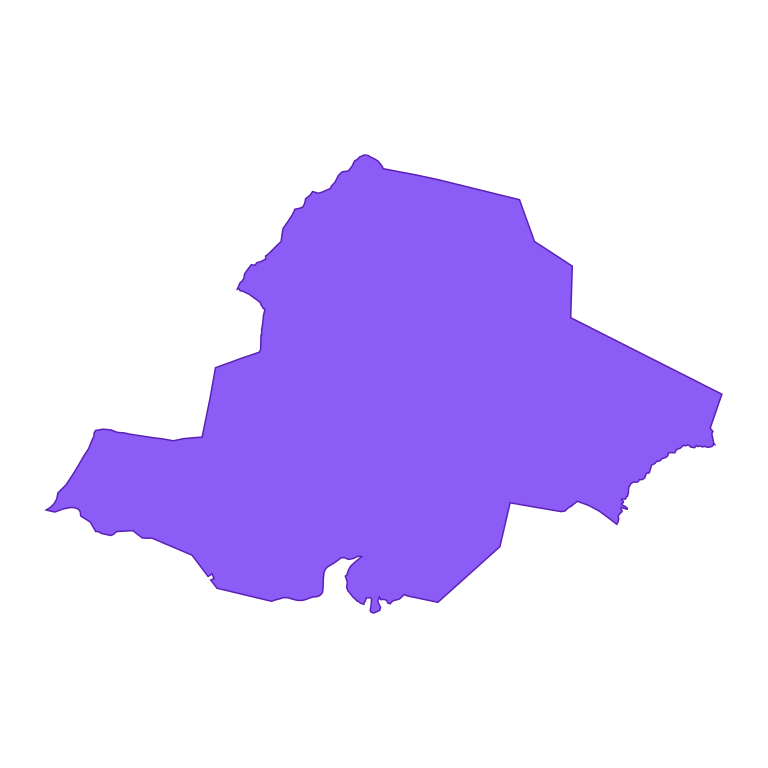 outline of Aporo, Michoacán, Mexico
{"feature_id": "50627088B9670136162302", "entity_name": "Aporo", "entity_type": "district", "adm_level": 2, "iso_a3": "MEX", "parent_name": "Mexico", "parent_adm1": "Michoacán", "projection": "mercator", "projection_center": [-100.39, 19.665], "detail": "fine", "context": "isolated", "style": "filled", "palette": "violet", "viewbox_px": 768, "rotation_deg": 0, "n_neighbors": 0, "source": "geoboundaries", "source_scale": "gbopen_adm2", "svg_char_len": 5861}
<svg xmlns="http://www.w3.org/2000/svg" viewBox="0 0 768 768"><path d="M616.8,524.3L617.7,522.7L617.9,522.4L618.6,519.9L618.6,519.4L618.7,517.9L618.2,516.4L618.9,514.7L620.0,513.5L620.7,512.8L621.5,512.2L622.0,511.5L622.2,511.1L621.6,509.9L621.1,509.2L620.9,508.9L620.9,507.9L621.0,507.8L621.1,507.7L621.4,507.5L621.7,507.6L622.9,508.0L624.7,508.5L626.4,509.1L627.1,509.2L627.3,509.2L627.3,508.5L626.9,507.8L626.8,507.6L625.3,506.4L624.7,506.2L622.9,505.3L621.9,504.7L621.4,504.0L621.5,503.9L621.9,503.6L622.6,503.1L623.0,502.8L623.4,502.2L623.4,501.6L623.4,501.4L622.8,500.8L621.8,500.1L621.5,499.8L621.3,499.6L621.6,499.3L621.7,499.1L622.9,498.8L624.1,499.2L624.5,499.1L625.2,499.1L625.7,498.6L625.9,498.5L626.0,497.7L626.4,496.5L627.1,496.5L627.4,496.2L627.6,496.0L627.7,495.1L628.3,493.2L628.4,492.0L628.8,487.2L631.1,483.4L633.1,482.3L633.7,482.0L635.7,482.2L636.8,482.2L638.6,481.3L638.7,481.1L639.3,479.5L641.8,479.7L642.3,479.5L643.4,478.9L644.6,478.0L644.7,477.9L646.2,473.8L646.4,473.2L648.8,473.0L649.0,472.8L649.4,472.5L651.4,465.7L651.6,465.1L653.0,464.4L653.3,464.3L653.4,464.2L654.0,464.0L654.5,463.8L655.4,462.9L656.4,461.7L656.5,461.7L657.0,461.2L657.9,461.2L659.4,461.0L659.6,460.9L660.4,460.4L660.5,460.3L661.0,459.6L661.3,459.3L661.4,459.2L662.2,458.6L662.6,458.5L663.3,458.3L664.2,458.0L665.3,457.6L665.9,457.3L667.0,456.6L667.7,455.8L668.1,454.8L668.3,454.0L668.3,453.8L668.4,453.1L668.6,452.9L668.8,452.8L670.7,452.7L671.7,452.6L673.3,452.7L674.8,452.8L676.2,450.1L676.5,449.7L677.0,449.5L677.9,449.0L678.0,449.0L680.1,448.3L680.5,447.9L682.1,446.6L683.4,445.5L683.8,445.2L684.0,445.2L684.2,445.3L684.5,445.4L685.1,445.8L686.1,445.6L687.3,445.1L688.2,445.1L688.6,445.2L689.1,445.4L690.5,446.5L690.6,447.0L694.6,447.7L694.9,447.3L696.4,445.5L697.8,446.5L699.1,446.3L700.9,446.0L702.4,447.0L702.9,446.8L704.1,446.3L708.0,447.4L711.4,446.6L711.8,446.5L712.5,445.8L713.2,445.2L713.5,444.3L713.5,444.2L713.7,444.3L714.7,444.5L713.7,443.1L713.6,442.6L711.8,433.7L712.9,431.5L710.2,428.1L721.2,396.2L721.9,394.2L700.7,383.5L696.1,381.1L677.6,371.8L673.3,369.6L636.7,351.1L592.4,328.7L590.9,327.9L570.7,317.7L572.3,266.1L569.8,264.5L563.4,260.3L561.5,259.1L560.7,258.6L560.5,258.4L553.1,253.6L534.5,241.5L532.8,236.9L532.4,235.6L527.6,222.3L524.1,212.7L523.8,211.8L519.5,199.7L517.8,199.3L493.5,193.3L459.5,184.9L458.2,184.6L439.6,180.0L415.9,174.9L383.2,168.7L382.1,166.2L380.6,164.3L378.1,161.1L374.7,159.0L369.8,156.6L368.7,155.7L366.2,155.2L364.8,155.0L363.1,155.3L362.1,155.9L360.9,156.5L359.7,156.9L358.2,158.5L357.3,159.6L356.4,159.9L354.6,160.8L352.1,166.1L348.4,170.9L342.3,171.8L340.4,173.4L338.4,175.5L335.1,182.0L332.7,184.7L331.0,186.6L330.8,188.3L327.5,189.7L321.9,192.2L318.0,193.3L316.0,192.5L312.5,191.6L310.3,195.0L305.5,198.8L305.3,200.6L304.4,204.0L302.9,206.9L301.4,207.5L299.9,208.2L297.3,208.7L294.9,209.2L294.8,209.4L293.9,211.7L291.9,215.5L287.8,221.7L283.2,228.2L282.8,230.0L282.0,234.4L281.1,241.5L276.4,245.9L274.9,247.5L267.9,254.4L265.6,256.0L265.6,259.3L263.3,260.2L260.8,261.7L256.9,262.6L255.0,265.2L251.5,264.8L251.3,264.8L250.8,265.3L249.0,267.7L244.8,273.5L244.4,274.7L244.0,278.1L243.6,278.7L241.9,281.2L240.6,282.3L240.0,282.9L237.3,289.3L238.0,289.1L238.7,288.9L239.3,289.1L240.1,290.7L242.5,291.2L248.9,294.1L256.2,299.4L260.5,302.7L260.7,304.0L261.1,305.1L261.8,305.8L262.8,307.5L263.4,308.6L265.0,309.4L263.4,315.7L263.0,320.6L262.1,327.3L261.6,329.0L261.6,333.6L261.5,335.3L261.0,335.3L260.6,349.6L259.7,351.3L259.3,352.1L258.9,352.3L258.3,352.5L249.0,355.7L241.0,358.4L215.5,367.7L214.7,372.1L214.6,372.8L209.9,399.0L202.1,437.1L191.5,437.9L183.1,438.7L179.1,439.6L173.3,440.8L165.0,439.3L162.1,438.8L152.5,437.6L147.0,436.8L146.8,436.8L129.6,434.1L124.3,432.9L117.4,432.4L111.0,429.9L103.2,429.2L95.6,430.4L94.1,433.1L93.9,436.4L92.0,440.1L88.7,448.5L83.8,456.0L77.4,467.1L73.7,473.2L65.8,485.1L57.9,492.9L56.8,498.8L54.4,503.3L50.4,507.4L46.1,510.0L47.1,510.3L54.8,512.0L55.8,511.7L63.3,508.9L64.0,508.8L70.1,507.6L71.3,507.6L73.7,507.6L76.6,508.4L77.8,509.0L79.4,510.2L80.4,512.3L80.4,514.4L80.9,516.2L90.2,522.0L95.8,531.6L98.4,531.6L101.3,533.4L103.6,533.9L110.6,535.5L113.3,534.5L116.1,532.0L116.6,531.6L129.5,530.8L133.0,530.8L134.4,531.8L135.0,532.3L139.3,535.7L142.2,537.9L142.6,537.9L145.7,538.2L148.9,538.2L149.9,538.1L151.6,538.0L165.2,543.8L170.0,545.8L181.5,550.7L187.1,553.1L192.1,555.2L192.3,555.5L208.1,576.5L210.1,575.2L212.0,573.7L214.1,578.8L212.3,579.4L210.7,580.0L216.2,587.2L216.9,588.2L231.5,591.7L271.6,601.3L274.5,600.2L277.6,599.4L280.2,598.7L283.0,597.7L285.2,597.6L288.5,597.8L291.9,599.0L294.9,599.8L297.9,600.4L299.6,600.4L302.6,600.4L306.1,599.4L310.5,597.7L312.9,597.0L316.6,596.7L319.3,595.8L321.4,594.1L322.6,592.1L323.1,587.7L323.3,579.3L324.0,572.6L325.2,569.5L327.4,567.0L331.6,564.5L335.5,562.0L338.6,559.8L341.0,557.8L342.9,557.7L344.6,557.7L346.9,558.8L348.7,559.4L350.0,559.2L351.6,558.8L353.0,558.6L356.6,556.9L359.4,556.1L361.6,556.6L357.4,560.1L354.9,562.2L350.7,566.1L348.5,569.9L346.8,575.1L345.3,576.1L347.3,582.1L346.6,587.4L347.8,590.6L353.2,597.3L354.5,598.5L357.4,601.3L358.1,601.1L360.2,603.0L363.8,604.4L364.0,603.2L365.9,599.7L366.0,598.8L366.4,597.9L369.9,597.7L371.6,598.7L371.1,605.3L370.4,609.3L370.2,610.7L370.5,611.3L371.1,612.0L373.1,612.9L373.7,613.0L376.9,611.7L379.7,610.4L380.6,607.3L379.1,604.7L377.8,600.8L379.2,597.1L380.1,598.0L380.1,599.0L380.8,599.6L381.1,599.8L382.4,599.4L384.8,599.6L386.1,600.1L387.0,601.0L387.7,603.0L390.1,603.8L391.1,602.7L391.9,601.7L393.6,600.6L398.0,599.5L399.6,598.9L401.4,597.2L402.2,596.5L403.2,595.6L404.2,594.6L407.2,595.9L437.9,602.3L495.5,550.6L499.9,546.7L510.1,502.8L521.0,504.7L534.7,507.1L561.0,511.6L564.9,511.1L568.0,508.1L569.8,506.9L571.3,506.2L572.0,505.7L572.7,504.9L577.4,501.3L588.6,505.4L599.3,511.1L609.6,518.8L616.8,524.3Z" fill="#8b5cf6" stroke="#5b21b6" stroke-width="1.5"/></svg>